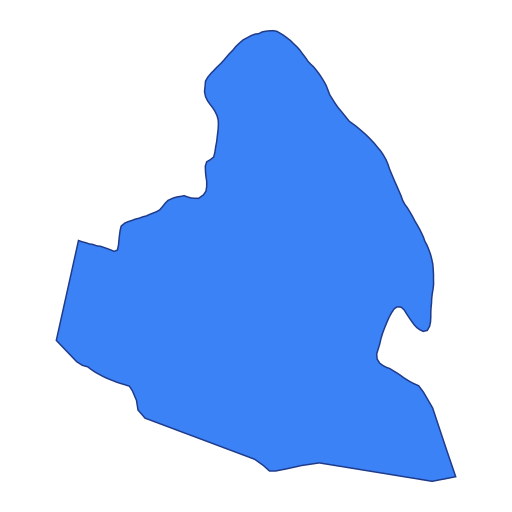 the district of Jahaf, Al Dali', Yemen
{"feature_id": "15242507B12481598225051", "entity_name": "Jahaf", "entity_type": "district", "adm_level": 2, "iso_a3": "YEM", "parent_name": "Yemen", "parent_adm1": "Al Dali'", "projection": "equal_earth", "projection_center": [44.673, 13.731], "detail": "fine", "context": "isolated", "style": "filled", "palette": "blue", "viewbox_px": 512, "rotation_deg": 0, "n_neighbors": 0, "source": "geoboundaries", "source_scale": "gbopen_adm2", "svg_char_len": 2857}
<svg xmlns="http://www.w3.org/2000/svg" viewBox="0 0 512 512"><path d="M78.5,240.5L56.3,340.4L76.7,361.7L82.3,365.3L87.9,366.9L90.8,369.2L94.9,372.0L98.5,374.0L102.2,376.0L105.8,377.8L109.2,379.2L113.3,380.8L116.7,382.2L121.1,383.6L125.8,385.0L129.4,386.2L132.4,390.8L136.5,400.4L138.0,410.0L145.1,418.2L183.0,432.4L254.7,459.3L263.4,465.5L269.5,471.0L275.6,471.0L286.3,468.9L301.6,465.5L319.3,462.9L377.7,472.4L432.1,481.3L455.7,476.7L446.3,449.1L440.3,431.1L432.6,407.9L423.4,392.1L418.7,385.8L418.1,385.5L413.8,383.6L410.4,381.9L406.7,379.6L403.5,377.6L400.6,375.4L397.3,373.2L393.5,370.9L389.8,368.6L386.2,367.3L382.9,365.5L379.8,363.3L377.1,359.0L376.7,353.8L378.0,349.7L379.7,344.1L380.9,338.8L382.5,333.5L384.0,329.4L385.6,325.4L387.5,320.9L389.2,317.0L391.6,312.7L394.2,308.8L397.3,306.8L401.2,307.2L404.1,309.8L406.6,313.8L409.3,317.9L411.8,321.5L414.2,324.8L416.8,327.6L419.9,329.8L423.2,331.4L427.3,330.4L429.6,326.3L430.5,322.0L430.8,316.9L430.8,312.4L431.0,308.0L431.5,303.2L431.7,298.6L432.2,294.1L433.0,289.4L433.6,284.3L433.5,279.8L433.5,274.3L433.2,269.2L432.8,264.1L431.7,258.9L430.6,254.6L428.9,249.9L427.0,245.2L424.9,241.4L423.4,237.1L421.5,233.0L419.6,229.2L417.2,224.9L414.8,220.9L412.5,216.4L410.0,212.1L407.3,207.7L404.7,204.2L402.6,200.2L401.1,195.9L399.3,191.8L397.1,186.7L395.2,182.5L393.2,177.8L391.3,173.3L389.4,168.7L388.0,164.4L386.1,159.9L383.3,154.9L380.7,151.0L377.6,147.4L374.3,143.3L371.5,140.3L368.7,137.4L365.4,134.2L362.6,131.8L359.6,129.2L355.6,125.9L352.6,123.7L349.3,121.3L346.8,118.2L344.2,115.0L340.7,110.7L337.7,107.1L334.5,102.4L332.0,98.4L329.7,94.7L328.0,90.2L326.3,85.8L324.0,81.5L321.9,78.1L319.2,74.0L316.6,70.6L313.6,66.9L310.8,64.3L308.1,61.5L305.6,57.8L302.0,53.1L299.7,49.9L297.0,46.9L293.7,43.8L290.5,40.6L286.4,37.4L283.4,35.2L280.1,33.2L276.8,31.3L273.4,30.7L270.0,30.8L265.8,31.2L262.2,31.9L258.7,33.7L255.1,34.1L251.1,35.6L247.1,37.8L243.1,39.9L239.3,43.2L235.8,46.5L233.2,49.8L229.0,54.1L226.1,57.5L223.5,60.6L220.2,64.1L216.9,67.2L214.0,70.3L210.8,73.5L207.8,77.2L205.5,81.1L205.1,85.8L204.5,91.7L205.6,96.8L207.5,100.7L210.0,104.3L212.5,107.5L214.9,111.2L216.9,115.3L218.2,119.8L218.4,124.2L218.1,129.5L217.3,136.2L216.7,141.5L215.7,146.8L214.9,152.2L213.7,157.0L210.3,159.7L206.7,161.8L205.3,166.2L205.5,172.2L206.0,176.8L206.7,181.3L206.7,186.4L206.0,191.1L203.5,194.8L198.7,198.3L194.9,198.3L191.2,198.0L187.4,196.9L184.2,195.7L180.6,196.4L176.7,197.0L173.3,198.0L168.0,200.4L165.2,203.2L162.8,206.3L159.8,209.8L156.7,211.6L153.5,212.9L149.4,214.5L146.2,216.0L142.8,216.8L139.5,218.1L135.4,219.1L131.7,220.5L128.3,221.6L124.9,223.0L121.2,226.1L120.1,230.6L119.5,235.1L118.9,240.6L118.5,245.1L117.4,250.0L114.2,251.4L110.9,250.0L107.5,248.7L104.0,247.5L100.6,246.3L96.9,245.9L92.7,244.4L89.1,243.9L85.8,242.7L82.4,241.9L78.5,240.5Z" fill="#3b82f6" stroke="#1e3a8a" stroke-width="1.5"/></svg>